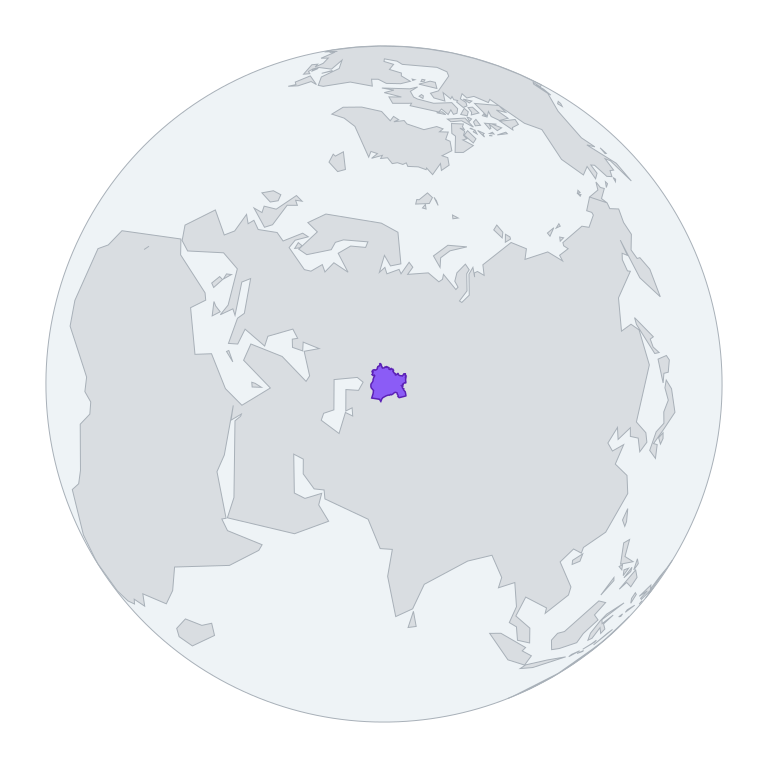 Aqtöbe on an orthographic globe, rotated 26°
{"feature_id": "KAZ-3195", "entity_name": "Aqtöbe", "entity_type": "Region", "adm_level": 1, "iso_a3": "KAZ", "parent_name": "Kazakhstan", "parent_adm1": "", "projection": "orthographic", "projection_center": [57.897, 48.229], "detail": "fine", "context": "on_globe", "style": "filled", "palette": "violet", "viewbox_px": 768, "rotation_deg": 26, "n_neighbors": 0, "source": "natural_earth", "source_scale": "10m", "svg_char_len": 14807}
<svg xmlns="http://www.w3.org/2000/svg" viewBox="0 0 768 768"><g transform="rotate(26 384 384)"><circle cx="384" cy="384" r="338" fill="#eef3f6" stroke="#a8b0b8"/><path d="M394.3,46.2L394.2,48.4L385.9,47.5L386.9,48.8L397.2,50.2L403.8,51.0L421.0,62.6L453.5,76.2L469.6,78.4L461.5,80.2L496.0,83.8L517.3,93.1L489.5,84.1L483.9,84.6L496.6,91.1L493.6,93.1L498.0,97.7L493.2,99.7L477.3,95.1L473.9,96.5L483.1,101.2L484.2,106.8L471.2,99.5L471.6,108.7L445.1,104.3L414.3,86.1L395.9,88.1L354.3,81.8L354.4,85.3L338.7,86.1L333.0,90.6L326.9,88.9L327.6,94.2L334.2,95.0L336.7,97.7L334.0,100.7L325.7,98.7L325.9,96.9L322.1,97.9L319.1,95.8L319.0,98.5L309.4,96.2L314.7,103.0L303.5,105.0L298.3,102.3L304.4,96.7L307.2,78.9L303.7,75.8L292.7,76.2L260.3,88.7L254.2,88.1L241.8,91.6L242.6,94.1L252.5,92.5L251.0,98.9L263.3,96.9L264.5,99.5L275.0,100.4L267.3,106.8L254.3,112.8L245.2,112.6L239.2,115.5L242.9,121.4L221.3,127.4L198.9,143.1L194.0,144.4L193.1,135.5L205.4,120.1L204.3,111.3L198.8,124.0L186.6,128.1L182.0,132.0L179.1,136.2L181.3,137.6L175.9,140.8L179.2,128.7L184.2,125.6L183.1,129.2L188.8,122.4L191.0,115.5L184.6,118.8L194.6,107.1L190.2,109.6L189.9,108.8L196.3,105.5L185.0,111.6L191.1,106.6L211.2,93.6L232.2,82.1L254.0,72.1L276.4,63.7L299.4,56.8L322.8,51.7L346.5,48.2L370.3,46.4L394.3,46.2ZM407.3,51.2L397.8,50.1L389.5,48.5L397.8,49.0L407.3,51.2ZM422.5,56.4L417.2,56.0L416.7,53.6L419.9,54.5L422.5,56.4ZM481.8,80.0L474.7,77.0L482.7,79.3L481.8,80.0ZM499.4,98.0L502.4,98.4L503.4,100.7L499.4,98.0ZM278.4,97.0L276.7,98.6L275.6,97.6L278.4,97.0ZM284.6,96.0L284.6,93.5L287.5,92.7L287.5,94.2L284.6,96.0ZM497.1,106.0L497.7,109.9L494.3,105.1L497.1,106.0ZM283.9,99.2L292.7,91.6L297.9,90.4L302.0,95.2L283.9,99.2ZM496.3,111.7L498.2,122.0L505.1,123.4L486.8,125.8L491.2,115.9L485.9,109.5L492.3,112.5L496.3,111.7ZM337.5,94.0L330.3,93.2L338.9,91.2L337.5,94.0ZM342.4,92.1L365.1,83.4L374.4,86.5L364.9,88.5L379.0,90.8L372.3,96.5L363.1,96.6L358.4,93.3L359.5,98.1L342.4,92.1ZM476.3,125.9L474.4,127.9L473.4,124.9L476.3,125.9ZM338.4,98.7L342.2,96.4L350.5,98.8L344.5,103.9L343.7,101.4L338.4,98.7ZM385.9,88.8L391.0,91.8L387.0,97.2L388.5,99.2L373.0,97.0L385.9,88.8ZM340.4,102.4L341.2,106.4L334.8,108.1L335.3,101.1L340.4,102.4ZM355.2,97.5L358.8,99.0L354.8,99.7L355.2,97.5ZM312.4,117.1L316.7,113.9L321.4,114.8L312.4,117.1ZM341.9,107.8L344.1,107.3L346.5,107.4L345.6,110.4L341.9,107.8ZM371.2,101.1L368.5,102.9L377.4,102.2L374.8,106.6L364.9,104.5L368.0,107.3L367.3,108.6L360.1,105.5L371.2,101.1ZM351.8,113.9L338.4,113.4L329.3,118.9L324.9,118.1L340.2,109.5L351.8,113.9ZM357.3,109.2L352.9,111.9L349.6,109.3L350.6,105.9L357.3,109.2ZM376.6,110.5L383.1,104.3L385.1,105.0L376.6,110.5ZM349.9,116.0L353.2,116.1L349.6,116.6L349.9,116.0ZM369.1,112.6L371.1,110.2L373.3,111.1L369.1,112.6ZM358.0,118.5L353.7,118.2L354.2,115.8L358.0,118.5ZM363.6,116.2L366.1,118.0L357.0,115.1L364.2,114.9L363.6,116.2ZM370.8,113.8L372.7,113.5L369.6,114.7L370.8,113.8ZM358.6,128.2L347.0,125.2L348.1,119.7L359.2,123.3L358.6,128.2ZM69.5,444.3L67.6,387.7L75.2,379.9L81.3,361.1L137.9,342.7L144.6,357.1L183.2,380.5L187.0,386.8L176.7,400.2L201.1,440.2L215.7,432.4L243.5,457.7L265.6,465.4L283.6,437.4L247.4,424.2L246.8,406.4L280.4,403.9L312.8,415.8L313.6,409.3L297.9,389.6L310.2,380.6L293.0,381.8L296.4,389.9L285.7,391.2L281.9,383.9L286.4,380.8L278.0,374.6L258.7,392.0L260.1,402.2L235.1,395.6L235.0,412.2L226.4,415.7L223.5,389.1L227.5,381.7L217.9,347.7L211.5,354.7L220.0,387.6L215.2,382.7L206.5,393.5L209.3,381.4L201.7,344.8L182.3,336.4L149.2,350.5L139.7,343.6L135.5,328.4L156.1,301.5L175.1,320.1L182.7,311.9L186.1,291.8L191.6,299.5L195.3,293.9L203.2,300.3L221.5,294.7L230.6,299.7L244.8,284.1L251.4,284.9L241.1,293.7L238.9,303.0L262.3,316.1L268.9,314.6L276.2,303.7L281.8,309.2L285.8,297.0L302.7,299.3L285.5,286.6L293.6,274.6L307.6,269.3L307.2,263.3L284.4,272.2L278.2,278.0L277.7,286.4L257.9,301.6L248.3,300.2L257.4,276.5L244.8,272.3L257.3,256.7L311.1,240.6L330.0,241.5L346.5,268.6L338.1,275.0L328.0,268.2L330.9,285.7L333.7,278.8L338.3,283.7L347.3,274.4L351.0,277.5L353.2,263.6L358.7,266.4L357.2,275.1L375.1,264.7L388.5,268.1L390.7,264.3L389.4,259.4L407.2,267.6L408.1,264.5L402.6,260.6L400.8,252.1L404.6,240.6L410.5,244.0L410.0,248.6L417.8,263.9L415.4,276.3L418.2,276.6L421.7,266.8L412.2,248.0L412.8,240.2L418.6,248.2L416.5,244.6L418.7,241.9L426.4,242.5L420.6,233.5L436.2,201.1L452.7,200.0L456.1,210.2L473.3,193.5L490.6,195.1L485.4,191.3L490.2,181.7L484.9,181.0L482.8,178.5L492.7,155.4L499.6,153.3L498.1,140.4L495.5,138.7L490.2,139.4L486.8,125.8L505.1,123.4L510.1,127.4L518.2,123.8L528.5,133.8L540.7,141.0L547.3,155.2L556.5,160.2L558.6,158.3L572.6,164.3L594.1,184.5L567.4,176.4L533.3,151.1L546.4,161.7L540.7,162.1L543.7,167.8L553.2,175.6L556.0,174.7L557.0,203.8L574.3,232.4L579.8,222.0L589.6,223.6L614.1,250.5L627.5,307.5L640.7,313.0L645.8,321.1L643.6,332.8L636.2,321.2L628.4,323.1L624.6,315.3L618.7,331.2L612.9,320.7L611.1,338.9L618.7,344.1L626.0,333.4L627.0,354.6L642.5,359.7L651.1,375.6L648.2,420.0L634.9,443.5L635.5,449.5L626.7,449.2L620.3,466.7L641.0,484.5L642.3,492.8L629.4,519.5L628.2,514.0L604.8,513.4L604.2,534.7L622.1,539.5L628.4,552.9L616.3,555.8L609.5,544.2L601.2,543.5L600.7,526.1L588.6,505.1L576.2,517.0L574.6,506.3L556.1,490.6L536.8,506.5L508.0,546.4L508.3,573.5L496.5,587.9L471.6,555.3L464.0,529.0L452.7,533.6L429.0,512.5L381.3,513.2L376.6,505.5L367.2,508.9L350.8,500.2L344.4,486.9L333.6,486.6L351.2,521.3L363.1,521.5L375.9,509.6L378.3,521.3L394.4,531.6L369.2,557.8L301.9,572.9L298.9,551.8L266.2,482.4L269.2,475.9L269.2,475.1L269.0,473.5L262.4,483.5L257.9,469.3L271.6,517.8L272.3,536.0L300.9,573.9L297.4,576.4L307.6,584.4L344.9,581.9L344.4,588.4L324.6,614.8L276.0,640.3L284.6,662.3L284.7,677.0L259.2,678.3L266.3,688.6L253.8,686.9L256.2,691.1L248.9,691.2L235.0,686.8L206.0,671.2L200.4,667.3L180.0,651.4L150.1,615.5L153.3,607.5L149.1,594.8L128.6,553.3L132.8,540.0L128.3,528.7L118.5,522.0L113.7,508.2L108.2,502.4L76.5,469.6L69.5,444.3ZM112.4,363.2L109.4,368.3L112.4,363.2ZM343.5,444.1L365.3,448.2L361.8,426.5L369.9,426.5L365.8,419.4L361.5,425.0L352.2,405.7L363.9,400.9L364.4,391.5L357.1,389.8L337.2,401.9L350.3,429.2L342.6,436.8L343.5,444.1ZM186.4,128.8L186.0,129.9L182.2,134.3L182.2,132.5L186.4,128.8ZM176.0,153.7L167.4,158.4L173.6,153.5L171.9,151.5L182.7,139.4L192.0,144.5L185.9,144.1L176.0,153.7ZM199.8,125.6L191.8,132.1L200.2,124.8L199.8,125.6ZM208.3,259.1L208.5,265.7L202.0,270.3L190.5,265.7L199.9,258.8L208.3,259.1ZM210.5,274.1L222.7,253.0L230.3,255.6L224.0,257.6L227.8,261.4L218.6,265.8L214.0,289.7L207.9,295.5L190.0,282.8L199.2,283.4L198.3,276.7L210.5,274.1ZM240.4,200.5L245.7,193.1L255.3,208.1L249.2,213.4L237.3,208.7L237.6,199.7L240.4,200.5ZM289.4,110.0L290.8,107.4L293.1,107.8L293.8,110.3L289.4,110.0ZM314.0,115.5L285.5,122.4L285.7,119.6L268.7,127.9L262.6,123.8L273.8,118.4L256.5,122.0L264.1,115.5L252.3,118.9L277.8,107.4L284.0,102.3L279.4,109.4L284.8,113.1L289.1,113.2L305.6,109.9L321.6,101.4L329.5,104.3L330.9,108.7L328.2,111.2L323.9,108.3L323.5,113.7L315.2,111.6L314.0,115.5ZM342.0,166.9L338.1,161.1L335.9,174.5L327.6,171.2L327.9,172.9L319.6,173.8L310.0,178.0L307.1,175.5L304.7,178.4L299.1,179.2L294.8,182.3L288.0,179.1L282.1,182.8L282.3,179.2L273.9,186.6L277.1,179.8L270.3,180.7L270.8,186.8L244.9,165.2L231.6,162.5L218.8,164.3L225.9,153.2L242.5,144.9L262.4,140.1L274.2,144.7L275.3,139.3L281.3,140.0L277.9,144.0L286.6,138.4L290.6,140.2L308.4,137.9L318.5,129.5L325.2,128.8L323.3,133.0L331.3,129.4L332.2,137.1L337.0,136.9L342.7,144.6L336.1,153.4L342.1,152.6L346.6,158.8L342.0,166.9ZM359.8,130.5L353.8,141.1L346.4,144.7L339.6,129.9L335.1,129.0L330.5,120.3L341.4,115.5L341.7,118.3L344.6,120.0L340.0,120.8L345.8,121.5L346.4,125.6L351.0,127.3L347.8,130.1L359.8,130.5ZM195.0,384.4L198.6,387.7L205.1,390.9L199.7,398.1L195.0,384.4ZM189.2,359.5L193.1,360.9L188.6,371.9L184.9,368.8L189.2,359.5ZM198.9,352.5L193.6,360.1L194.2,354.1L198.9,352.5ZM245.0,294.5L249.6,295.6L248.6,298.5L244.3,301.3L245.0,294.5ZM333.6,208.4L332.6,203.8L334.8,203.0L339.3,193.2L345.8,195.2L345.6,201.9L333.6,208.4ZM275.3,440.7L266.8,444.5L264.4,440.4L267.8,439.9L275.3,440.7ZM229.8,421.9L238.4,430.4L228.2,423.8L229.8,421.9ZM341.4,208.9L342.5,204.5L345.1,208.3L341.4,208.9ZM350.7,196.2L354.4,199.8L347.1,194.3L350.7,196.2ZM341.9,684.3L326.6,703.4L310.6,700.9L304.8,694.5L308.5,682.2L326.1,680.8L334.0,674.6L341.9,684.3ZM675.6,541.6L680.2,536.1L679.8,537.3L675.6,541.6ZM671.1,544.8L676.8,538.0L669.6,548.1L671.1,544.8ZM678.9,535.3L684.7,526.0L687.2,521.1L686.4,523.7L678.9,535.3ZM666.9,549.6L641.9,573.7L631.2,580.0L634.4,574.4L651.7,560.5L666.9,549.6ZM633.5,575.0L616.3,577.6L588.3,561.8L598.4,556.8L626.8,558.8L625.2,563.3L635.6,563.7L633.5,575.0ZM672.5,520.9L670.6,532.0L657.5,544.9L651.1,549.3L646.8,540.8L649.3,532.0L654.7,527.4L672.2,484.8L679.0,483.3L674.4,499.3L679.8,502.2L672.5,520.9ZM510.1,575.4L519.2,587.8L512.4,592.3L510.1,575.4ZM676.8,459.9L671.4,478.6L675.5,457.1L676.8,459.9ZM677.6,441.9L679.2,446.8L675.3,445.0L677.6,441.9ZM637.8,457.4L632.2,463.7L630.8,459.8L637.1,449.5L637.8,457.4ZM657.7,389.1L662.3,401.3L662.8,406.4L658.0,401.7L657.7,389.1ZM398.4,224.4L384.9,235.4L379.6,245.7L383.3,254.7L372.3,247.2L380.6,231.3L398.4,224.4ZM430.9,203.4L427.5,196.2L432.7,196.6L434.2,198.3L430.9,203.4ZM426.2,200.9L415.1,197.4L415.7,191.7L424.3,195.5L426.2,200.9ZM377.9,202.3L373.5,205.3L371.5,202.1L377.9,202.3ZM633.3,612.2L633.9,611.5L636.1,609.0L642.4,600.8L667.4,567.7L687.2,531.7L694.0,518.5L703.4,493.7L706.3,485.5L698.1,508.7L688.2,531.1L676.7,552.8L663.7,573.7L649.2,593.5L633.3,612.2ZM686.7,526.6L694.0,510.2L697.0,504.4L686.7,526.6ZM713.4,459.2L712.9,461.4L714.8,452.8L715.3,448.6L709.7,464.8L708.6,464.1L711.3,454.5L706.5,462.9L712.0,447.7L713.4,451.4L716.2,436.4L719.1,424.4L720.4,415.9L713.4,459.2ZM710.3,467.8L711.1,465.5L709.9,470.2L710.3,467.8ZM699.2,486.0L698.7,489.1L697.0,490.4L699.2,486.0ZM701.6,480.3L706.3,472.9L701.0,483.4L701.6,480.3ZM683.2,500.3L685.1,503.8L691.3,491.2L686.5,503.4L689.9,507.4L688.1,513.2L685.0,508.3L682.4,521.4L679.6,524.9L678.8,517.5L682.2,502.0L685.0,493.3L695.7,475.5L683.2,500.3ZM701.9,472.9L700.5,468.3L701.4,461.4L703.0,462.5L701.9,472.9ZM694.7,458.1L689.1,456.0L685.4,465.3L691.7,440.8L696.2,446.9L694.7,458.1ZM688.0,444.4L684.6,453.0L687.2,440.0L688.0,444.4ZM683.0,451.4L681.2,445.8L684.6,442.3L683.0,451.4ZM690.0,441.7L688.4,430.0L691.3,434.0L690.0,441.7ZM676.2,433.4L685.8,434.5L675.6,442.2L669.1,421.7L672.9,416.1L676.2,433.4ZM658.8,316.8L654.4,311.9L656.2,305.5L658.7,310.7L658.8,316.8ZM657.9,281.9L655.2,302.2L652.4,319.4L656.1,318.7L660.6,331.9L651.9,327.2L649.6,307.6L652.8,296.6L647.7,286.4L646.6,273.9L638.2,264.3L635.9,256.7L644.5,262.2L657.9,281.9ZM634.4,260.7L619.4,241.5L625.3,234.6L629.9,237.3L634.3,248.8L630.9,251.7L634.4,260.7ZM617.5,235.1L614.0,237.9L584.8,219.8L580.1,214.5L605.4,223.5L603.6,226.9L609.7,232.8L617.5,235.1ZM478.0,129.2L474.8,128.0L478.0,127.4L478.0,129.2ZM479.8,178.4L477.5,174.9L481.3,173.9L479.8,178.4ZM473.2,164.9L470.4,168.4L470.9,163.3L473.2,164.9ZM464.7,176.7L468.1,169.1L468.4,178.4L464.7,176.7Z" fill="#d9dde1" stroke="#a8b0b8" stroke-width="1"/><path d="M388.8,401.1L388.4,400.9L387.9,400.5L387.5,400.2L387.2,400.1L386.8,399.8L386.7,399.7L386.3,399.8L386.0,399.9L385.8,400.0L385.5,400.1L385.3,400.1L385.1,400.2L384.8,400.3L384.6,400.3L384.3,400.4L383.8,400.6L383.3,400.7L382.8,400.9L382.3,401.0L381.9,401.2L381.5,401.3L381.1,401.4L380.7,401.5L380.3,401.7L379.9,401.8L379.5,401.9L379.1,402.0L378.4,397.4L378.2,396.6L378.0,396.2L377.9,395.8L377.8,395.5L377.5,395.0L377.4,394.4L374.3,393.1L373.5,392.3L373.0,391.5L372.7,390.6L372.4,390.1L372.4,389.3L372.8,387.2L372.8,386.5L372.5,385.1L372.1,384.6L372.1,383.9L372.0,383.2L371.9,382.6L372.0,381.8L372.1,381.7L372.1,381.4L372.0,380.7L371.6,380.7L371.4,380.5L371.3,380.3L371.1,380.3L370.8,380.7L370.5,381.2L369.1,380.8L369.2,380.6L369.2,380.3L369.2,379.7L369.1,379.0L368.9,378.3L368.6,378.7L368.4,378.6L368.4,378.4L368.0,378.2L367.7,377.9L367.8,377.3L368.0,376.7L368.0,376.3L368.2,376.2L368.4,375.9L368.6,375.7L369.0,375.6L369.1,375.4L369.3,375.4L369.8,375.5L370.2,375.3L370.3,375.0L370.4,374.8L370.7,374.6L370.9,374.4L371.0,374.0L371.2,373.7L371.2,373.4L371.3,373.1L371.2,372.9L371.1,372.7L370.9,372.4L371.0,371.8L370.8,371.1L371.1,370.9L371.2,370.6L371.4,370.2L371.5,370.2L371.8,369.9L371.9,369.6L371.8,369.1L371.9,368.8L371.9,368.7L371.9,368.4L371.9,368.1L371.7,368.0L371.5,367.9L371.4,367.8L371.5,367.7L371.5,367.4L371.9,367.2L372.0,367.2L372.1,367.3L372.3,367.5L372.5,367.6L372.7,367.8L372.8,368.0L373.4,368.1L373.5,368.3L373.4,368.5L373.5,368.7L374.3,369.5L374.5,369.6L374.8,369.5L375.0,369.6L375.1,369.8L375.3,370.0L375.5,370.2L375.6,370.3L376.0,370.0L376.7,369.7L377.2,369.2L377.3,369.1L377.5,368.4L377.5,368.2L377.9,368.3L378.0,368.3L378.2,368.2L378.3,367.9L378.5,367.8L378.6,367.7L378.5,367.4L378.7,367.2L378.9,367.2L379.2,367.7L379.2,367.8L379.5,367.8L379.6,367.7L379.5,367.4L379.6,367.2L379.8,367.2L380.0,367.3L380.3,367.3L380.5,367.2L380.8,367.3L380.9,367.2L381.2,367.1L381.3,367.1L381.4,367.4L381.4,367.5L381.5,367.6L381.7,367.8L381.8,367.9L381.8,368.1L381.9,368.3L382.0,368.3L382.2,368.5L382.3,368.5L382.5,368.4L382.6,368.2L382.9,368.2L383.2,368.3L383.4,368.2L383.4,367.8L383.4,367.4L383.4,367.2L383.5,367.1L383.6,366.9L383.8,367.0L384.1,367.1L384.3,367.1L384.7,367.1L384.8,367.3L385.0,367.3L385.1,367.2L385.2,366.9L385.3,366.9L385.5,366.8L385.7,367.0L385.8,367.2L385.9,367.3L386.3,367.3L386.5,367.4L386.6,367.5L386.6,367.8L386.6,368.0L386.4,368.1L386.4,368.3L386.5,368.4L386.5,368.5L386.8,368.5L386.8,368.8L387.0,368.9L387.3,369.1L387.4,369.3L387.7,369.5L387.8,369.5L388.9,369.6L389.0,369.7L389.0,369.8L389.6,369.8L389.8,369.8L390.0,370.0L390.1,370.3L389.9,370.2L389.8,370.3L389.9,370.5L390.1,370.7L390.3,370.5L390.5,370.4L390.9,370.4L391.0,370.3L391.2,370.1L391.3,369.8L391.4,369.7L391.5,369.6L391.6,369.4L391.5,369.2L391.7,368.6L391.9,368.4L392.1,368.4L392.3,368.5L392.4,368.9L392.5,369.1L392.8,369.3L393.0,369.4L394.5,369.5L394.9,369.4L395.9,369.0L397.0,368.7L397.1,368.3L397.2,368.1L397.2,367.6L397.2,367.4L397.4,366.4L397.4,366.1L397.5,366.0L397.7,365.9L397.9,365.8L398.4,365.7L398.7,365.5L398.9,365.9L398.9,366.2L399.0,366.5L399.3,366.9L399.7,366.6L400.3,367.0L400.2,367.1L400.1,367.5L400.7,368.1L400.4,368.6L400.5,369.0L401.0,369.1L401.4,370.4L402.1,371.7L402.9,372.8L403.0,373.5L402.7,373.7L402.3,373.5L401.9,373.9L401.7,374.5L401.4,374.9L401.2,375.4L401.4,375.9L400.9,375.9L400.8,376.1L400.8,376.4L401.7,377.6L401.3,377.7L400.9,377.9L401.2,378.0L401.6,378.6L402.5,379.6L403.1,379.7L403.4,379.5L403.9,379.6L404.0,380.0L404.0,380.6L406.5,381.7L407.9,383.5L408.7,384.7L408.9,385.0L408.5,385.5L403.8,389.5L403.4,389.6L403.0,389.4L402.6,389.3L402.2,389.2L402.3,389.0L401.6,388.1L401.0,387.6L400.5,387.4L399.7,386.3L398.6,386.3L397.6,386.6L396.8,387.9L396.5,388.9L395.5,390.4L394.6,390.4L394.2,390.8L394.1,391.5L393.2,391.8L392.2,392.6L391.2,393.6L389.0,396.7L388.6,398.2L388.8,401.1Z" fill="#8b5cf6" stroke="#5b21b6" stroke-width="1.5"/></g></svg>